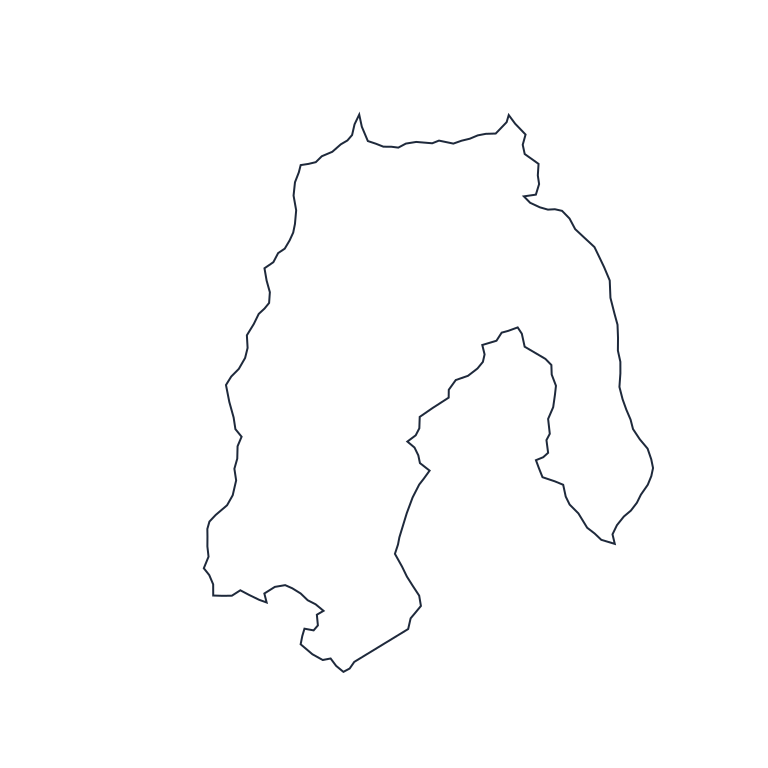 outline of Américo de Campos, São Paulo, Brazil, rotated 152°
{"feature_id": "56859067B63814258385512", "entity_name": "Américo de Campos", "entity_type": "district", "adm_level": 2, "iso_a3": "BRA", "parent_name": "Brazil", "parent_adm1": "São Paulo", "projection": "robinson", "projection_center": [-49.77, -20.289], "detail": "fine", "context": "isolated", "style": "outline", "palette": "slate", "viewbox_px": 768, "rotation_deg": 152, "n_neighbors": 0, "source": "geoboundaries", "source_scale": "gbopen_adm2", "svg_char_len": 2650}
<svg xmlns="http://www.w3.org/2000/svg" viewBox="0 0 768 768"><g transform="rotate(152 384 384)"><path d="M279.4,633.5L288.1,627.1L295.3,618.8L302.0,616.2L309.6,615.9L320.6,613.3L332.0,614.3L340.1,611.9L347.4,613.8L354.8,616.4L359.8,610.9L367.9,603.9L375.4,592.8L380.0,578.6L387.5,567.1L393.1,560.3L399.9,555.1L408.1,550.1L416.0,549.3L424.5,543.5L435.2,542.3L439.1,530.4L441.7,518.6L447.4,509.5L454.1,506.7L461.7,504.7L470.8,498.1L482.2,491.4L487.5,479.9L494.4,472.2L505.1,465.5L515.4,462.3L524.0,457.3L529.0,440.8L532.5,425.0L536.4,413.9L534.5,404.3L542.5,397.8L548.6,387.0L555.9,379.4L559.8,368.3L569.8,356.8L579.5,350.6L594.1,347.4L602.7,344.5L608.0,339.0L611.6,332.0L616.2,323.5L620.0,313.9L629.6,305.9L628.0,297.3L628.9,287.3L634.1,277.4L625.7,272.6L617.7,268.5L607.7,269.3L602.0,260.9L595.5,252.0L590.2,246.2L588.0,255.2L575.6,256.1L565.7,252.8L560.9,246.7L555.9,238.1L552.9,228.9L547.8,221.6L543.9,212.1L551.6,211.8L555.7,201.9L561.8,199.5L569.1,205.3L574.5,199.8L579.8,193.3L574.1,179.0L567.7,169.1L560.0,166.7L558.6,157.6L555.0,148.9L547.9,148.9L540.7,152.6L477.7,156.3L470.5,164.6L463.8,167.3L455.6,170.7L452.3,180.6L453.4,192.5L454.2,203.2L453.8,214.2L454.1,228.9L447.0,235.7L442.4,241.4L433.4,250.4L424.5,259.3L419.2,264.0L412.0,270.4L400.1,278.7L393.6,281.6L384.4,286.1L389.4,297.3L387.2,304.9L386.9,313.6L390.4,322.2L380.1,323.8L373.6,328.3L367.9,338.2L352.2,340.0L333.3,341.6L329.5,348.5L318.8,353.8L306.0,351.8L294.2,353.8L286.3,357.1L281.3,362.9L278.9,372.3L264.4,369.4L256.0,374.1L249.4,372.6L239.4,371.2L238.7,363.7L242.3,350.9L229.7,330.4L227.3,322.2L231.5,313.6L233.0,301.7L238.0,294.4L245.5,284.1L255.5,276.1L261.0,262.2L266.9,258.2L271.4,246.2L277.8,244.6L285.6,245.4L286.7,237.3L287.8,227.3L278.9,217.9L273.1,210.9L276.4,199.3L276.7,190.4L273.1,178.5L272.1,161.7L268.2,153.1L265.3,144.4L255.3,134.5L252.8,144.0L244.6,150.0L234.4,154.4L225.5,156.3L216.5,160.4L209.1,165.7L198.4,171.2L191.2,177.2L185.9,183.5L183.4,192.0L181.6,203.2L184.1,215.0L185.3,227.3L183.0,236.8L182.1,247.5L180.5,258.5L177.5,270.9L170.3,282.4L164.9,292.6L161.8,303.7L155.7,314.9L150.0,326.7L147.5,337.8L143.6,353.8L136.1,369.4L134.8,383.8L134.3,395.4L133.9,406.1L138.9,420.5L142.5,431.0L142.5,443.0L145.5,453.3L151.1,458.1L157.4,461.0L163.5,466.9L169.9,475.4L172.4,484.0L161.0,479.9L153.2,487.7L150.3,495.9L144.2,505.8L151.8,521.0L149.2,530.1L141.9,537.8L146.0,552.2L147.6,562.9L152.8,557.6L167.8,552.7L176.7,557.1L184.5,559.5L193.1,560.3L201.3,562.4L209.9,563.7L221.2,573.1L228.4,573.9L241.9,582.6L251.8,586.0L260.4,586.0L266.2,590.1L273.1,593.8L278.3,599.9L284.2,606.1L282.8,621.6L279.4,633.5Z" fill="none" stroke="#1e293b" stroke-width="2"/></g></svg>